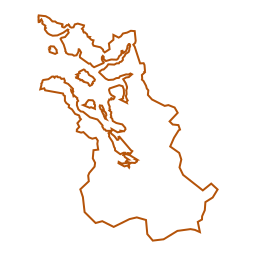 outline of Kvænangen nor, Troms, Norway
{"feature_id": "86288312B24070411232655", "entity_name": "Kvænangen nor", "entity_type": "district", "adm_level": 2, "iso_a3": "NOR", "parent_name": "Norway", "parent_adm1": "Troms", "projection": "albers", "projection_center": [21.813, 69.853], "detail": "fine", "context": "isolated", "style": "outline", "palette": "amber", "viewbox_px": 256, "rotation_deg": 0, "n_neighbors": 0, "source": "geoboundaries", "source_scale": "gbopen_adm2", "svg_char_len": 5590}
<svg xmlns="http://www.w3.org/2000/svg" viewBox="0 0 256 256"><path d="M38.7,15.4L38.4,17.0L38.6,17.2L38.5,20.4L38.7,22.1L39.6,22.0L40.0,21.6L40.0,20.7L41.4,19.4L42.6,21.9L42.2,23.1L42.5,23.8L45.4,25.7L45.0,27.3L45.8,28.0L44.9,28.7L44.9,29.6L47.5,33.1L49.6,34.5L52.7,35.7L57.4,35.4L63.4,32.6L67.7,29.5L68.2,29.8L67.9,30.1L68.1,31.3L68.7,32.7L65.1,37.0L61.6,37.8L60.6,38.6L60.7,39.2L63.7,44.6L65.4,50.0L65.3,51.1L65.8,51.5L66.0,52.8L68.4,54.3L72.3,54.6L74.0,55.7L76.5,55.3L78.3,52.1L78.7,49.3L79.3,49.4L81.1,52.4L79.8,55.8L80.0,57.4L88.8,63.7L90.2,63.4L92.3,66.0L94.1,67.2L103.4,63.1L103.8,62.3L102.4,60.8L101.8,59.2L101.9,57.1L102.8,55.9L103.7,56.8L103.6,59.0L105.9,61.0L111.2,59.5L116.7,59.7L118.1,58.6L119.2,56.1L120.9,54.9L121.7,52.3L121.4,51.8L121.5,51.0L122.5,50.8L123.2,53.0L126.0,51.0L127.1,48.6L127.5,46.0L128.7,44.1L129.4,44.0L129.8,44.4L129.2,45.0L129.9,45.1L130.2,46.2L129.4,48.1L129.3,50.1L128.6,52.0L125.4,54.1L124.7,55.8L122.7,58.0L122.9,59.9L121.4,61.6L119.7,62.1L118.9,63.3L116.7,63.3L114.3,64.6L108.3,64.3L106.7,66.6L103.6,69.5L102.4,69.5L99.7,71.4L99.2,72.4L105.6,78.6L108.4,80.0L113.4,79.6L116.3,78.1L118.9,77.9L120.0,76.3L126.1,74.4L128.6,74.5L130.4,73.5L131.0,73.8L132.0,74.3L128.8,77.1L126.0,77.5L123.2,79.2L125.8,83.3L127.0,86.8L127.0,88.0L126.2,90.6L126.4,91.0L126.6,94.2L125.9,96.1L126.4,98.1L127.7,100.5L126.8,101.3L126.6,102.2L126.8,102.8L120.3,99.6L123.1,98.5L123.0,96.9L123.8,95.1L124.0,93.4L123.8,89.3L122.6,86.2L119.2,85.2L109.7,88.4L109.0,89.9L109.9,93.1L111.4,95.1L114.6,96.8L114.5,97.6L113.5,99.1L111.4,98.1L111.1,98.3L111.3,99.5L109.2,99.5L109.2,100.1L108.4,101.2L108.2,102.3L108.6,104.1L109.7,106.5L109.5,108.6L110.1,109.7L109.3,110.4L111.3,112.1L111.2,113.5L110.7,114.4L111.3,116.3L110.8,117.2L112.2,118.7L112.8,121.0L116.3,123.0L122.3,124.4L125.2,127.8L125.5,129.3L124.0,131.3L120.3,130.7L120.3,131.4L120.7,131.7L117.5,132.3L111.6,128.9L111.9,130.5L110.9,131.6L110.9,132.9L111.2,133.5L114.5,136.3L117.2,139.9L118.3,139.7L118.8,138.6L118.5,137.0L119.4,136.7L130.8,150.1L132.3,151.1L130.5,153.5L127.8,153.0L125.9,154.1L129.8,155.2L137.2,159.7L136.3,159.8L137.0,160.1L136.8,160.6L137.0,160.8L136.6,161.2L136.8,161.6L134.9,163.0L131.5,162.7L129.3,164.0L128.8,164.6L129.3,167.1L129.1,167.6L127.5,165.5L124.4,166.4L118.5,163.2L118.7,161.9L121.8,163.6L127.9,162.8L128.7,162.3L126.1,161.4L127.4,159.7L128.7,159.6L125.1,157.2L124.5,156.5L124.3,154.8L123.4,154.9L124.1,153.3L126.1,152.8L123.7,152.7L120.3,154.2L115.1,150.4L114.9,148.2L114.2,147.2L112.6,142.0L109.0,136.4L109.2,135.8L109.0,134.0L108.5,133.2L110.0,132.1L110.1,130.9L106.1,130.8L105.1,129.5L104.1,129.5L102.3,126.6L102.6,125.5L97.5,119.5L90.0,117.3L83.1,111.8L80.7,111.4L78.4,109.4L76.9,105.3L77.0,102.1L78.2,100.9L77.1,99.0L77.3,98.1L74.4,95.8L73.5,96.3L73.2,95.2L73.4,94.7L71.9,92.5L71.2,91.0L71.1,90.3L73.1,91.9L73.3,91.6L72.7,90.0L73.0,88.9L68.1,83.9L64.5,82.4L64.9,80.9L64.0,78.6L61.4,78.9L60.2,77.4L57.8,77.2L57.3,76.4L55.2,76.6L54.6,77.7L53.2,76.5L52.0,76.6L48.4,79.2L43.2,80.0L42.5,80.8L42.2,82.6L41.3,83.6L41.5,84.8L40.3,89.3L44.3,88.3L45.1,90.3L63.0,93.5L63.6,95.3L64.9,96.0L64.9,100.8L66.2,103.0L69.1,105.1L68.7,107.3L72.0,109.4L75.1,113.9L79.0,115.4L79.6,116.6L79.5,117.5L80.9,119.2L77.4,123.2L79.3,126.9L76.9,129.5L76.8,131.3L81.1,132.6L83.4,132.1L89.0,137.4L92.3,138.7L95.9,137.8L97.8,140.6L97.3,143.9L98.2,149.6L93.5,150.2L92.8,158.4L95.1,162.8L94.6,166.6L89.3,172.9L88.2,175.6L88.8,181.3L80.3,189.3L82.9,197.1L84.6,212.1L95.6,223.0L102.3,221.2L113.7,226.9L129.5,219.1L136.8,217.4L146.0,220.0L147.3,234.1L152.8,240.6L163.6,239.3L177.4,230.9L190.5,229.1L194.9,229.9L199.9,232.1L197.8,221.9L202.0,219.5L202.1,216.3L204.8,210.2L205.4,202.1L212.7,197.5L217.6,189.5L211.2,183.6L202.8,190.4L183.1,174.9L179.5,167.4L181.3,159.5L179.2,152.9L170.2,146.5L174.0,137.8L178.7,130.3L180.0,129.6L178.4,125.1L172.7,124.5L169.6,121.4L177.7,112.8L174.6,107.5L168.4,105.1L164.7,105.9L152.0,99.5L147.9,94.9L148.3,90.3L146.8,88.5L146.0,85.7L143.5,81.0L141.9,79.6L142.2,78.2L141.9,75.0L144.8,72.4L144.3,71.9L145.0,71.2L144.5,65.1L143.6,63.2L140.1,63.4L134.7,46.7L133.3,44.7L135.2,42.9L135.7,40.8L134.7,31.1L130.8,30.8L127.1,32.6L123.0,33.5L120.9,36.3L118.7,37.6L113.4,34.9L113.4,39.8L108.9,43.5L109.6,49.2L104.7,52.4L103.3,51.0L103.0,49.6L100.5,47.3L93.5,45.7L92.6,43.8L93.5,40.3L91.4,39.8L89.3,37.8L89.9,37.0L87.7,36.7L87.0,34.2L84.8,32.3L83.8,32.5L83.1,31.0L83.2,30.1L81.9,28.8L83.6,27.0L84.0,25.4L77.8,23.6L74.8,24.4L73.5,27.3L71.3,27.6L69.9,26.8L69.2,25.1L68.6,24.5L68.0,25.3L66.8,25.1L64.5,27.4L63.4,27.4L62.1,26.7L62.0,25.8L62.6,25.0L62.5,24.2L57.0,22.9L55.2,21.5L52.4,21.4L49.5,18.3L45.7,16.2L38.7,15.4ZM92.8,77.0L89.1,75.0L87.6,72.0L85.6,71.5L84.6,69.8L83.7,69.5L79.2,71.8L79.0,72.3L79.6,73.3L76.5,74.6L78.3,75.8L77.9,76.7L78.1,77.3L77.9,77.8L76.9,77.0L76.0,77.3L76.2,77.8L75.4,77.5L80.6,79.6L80.5,80.2L82.3,80.1L82.6,80.9L83.5,81.1L83.6,81.8L87.8,82.9L89.1,84.7L89.5,84.5L89.0,85.1L89.9,85.9L92.1,84.7L92.3,84.2L92.1,83.6L92.8,83.3L92.6,82.9L92.9,81.8L94.5,80.9L94.9,79.6L92.8,77.0ZM92.8,100.3L88.5,100.1L86.2,102.9L85.9,104.1L83.2,105.1L89.7,107.8L91.0,107.2L94.9,108.8L94.7,107.0L95.1,106.0L94.8,104.4L94.1,104.0L94.4,102.4L92.8,100.3ZM57.1,52.9L56.5,50.9L56.7,50.1L53.9,46.5L50.6,46.3L49.5,47.2L50.0,47.5L50.2,48.7L49.0,49.2L49.5,50.1L49.3,50.4L49.7,52.0L55.1,53.9L57.1,52.9ZM102.1,105.7L99.9,105.4L99.6,106.6L100.5,109.0L101.9,110.0L101.7,110.9L103.2,114.1L103.8,114.4L103.8,115.7L105.1,118.6L106.2,119.1L105.5,118.1L105.7,117.8L105.7,116.2L106.4,115.2L106.2,114.0L105.6,112.5L103.6,110.7L103.6,110.1L103.9,110.1L103.7,109.1L102.1,105.7Z" fill="none" stroke="#b45309" stroke-width="2"/></svg>